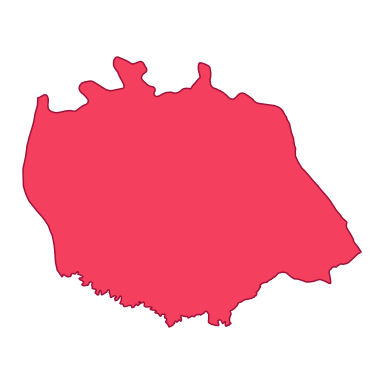 Thapangthong, Savannakhét, Laos (Robinson projection)
{"feature_id": "54806243B5714719739337", "entity_name": "Thapangthong", "entity_type": "district", "adm_level": 2, "iso_a3": "LAO", "parent_name": "Laos", "parent_adm1": "Savannakhét", "projection": "robinson", "projection_center": [105.786, 16.099], "detail": "fine", "context": "isolated", "style": "filled", "palette": "rose", "viewbox_px": 384, "rotation_deg": 0, "n_neighbors": 0, "source": "geoboundaries", "source_scale": "gbopen_adm2", "svg_char_len": 5882}
<svg xmlns="http://www.w3.org/2000/svg" viewBox="0 0 384 384"><path d="M169.4,326.9L171.6,325.9L173.0,324.8L174.3,323.4L174.9,321.6L175.2,321.2L175.7,321.2L176.5,322.0L176.9,322.1L178.6,320.7L179.1,319.9L179.6,320.0L180.6,321.0L181.2,320.9L181.5,319.6L180.8,316.1L181.0,315.7L181.5,315.6L185.1,316.5L187.2,316.5L188.1,317.8L188.7,317.9L191.9,316.1L194.2,316.7L196.6,314.6L197.1,314.4L198.2,314.8L199.5,314.4L200.7,315.0L203.8,313.1L204.8,311.9L206.1,311.3L206.7,311.5L207.1,311.9L208.9,314.5L208.6,317.6L208.8,318.5L208.4,321.6L208.7,322.5L209.3,323.0L212.0,324.5L213.6,324.7L215.2,325.3L218.4,325.5L218.7,325.2L218.8,324.5L218.2,322.8L218.1,320.7L218.6,320.2L220.0,319.8L220.4,319.9L221.1,320.5L222.5,323.4L222.9,323.3L224.6,321.9L225.2,321.8L225.3,325.0L225.6,325.9L226.3,326.2L228.3,325.1L229.4,324.9L229.5,324.3L230.9,323.5L230.9,323.2L229.9,322.4L229.7,321.9L229.5,319.4L229.7,317.4L231.0,314.3L231.0,313.5L230.2,311.6L230.2,311.1L230.6,310.7L232.3,309.9L234.4,308.5L237.1,305.5L238.3,303.1L239.4,302.4L240.8,302.1L244.1,300.0L246.3,299.3L248.4,299.2L249.7,298.5L251.1,298.6L252.6,297.6L254.3,297.0L254.6,296.0L255.8,295.8L256.4,294.8L256.8,293.3L256.3,292.6L256.3,292.3L258.3,290.5L260.4,286.9L260.4,286.7L259.8,286.8L260.0,285.2L260.8,284.8L261.5,283.8L262.7,283.2L264.2,282.6L266.8,282.3L269.1,280.2L271.4,279.3L272.4,278.2L275.3,276.4L278.2,273.2L282.2,272.1L286.0,272.6L291.6,277.2L294.5,278.9L297.5,279.0L300.4,279.8L306.1,281.9L308.2,282.0L311.3,281.7L313.9,281.2L316.6,280.2L320.0,279.4L324.6,281.0L329.0,283.3L330.2,283.4L330.7,282.8L330.6,281.1L329.8,275.7L328.9,272.1L329.2,271.1L329.8,269.9L331.0,269.0L332.0,267.6L333.2,266.9L336.4,267.0L337.6,265.7L338.4,265.3L339.7,264.2L340.3,264.0L343.7,264.2L347.0,263.3L348.7,262.4L358.5,253.3L359.6,253.1L361.0,251.9L357.6,246.6L354.5,242.8L353.6,241.2L353.4,239.8L352.6,237.9L349.9,233.0L348.4,230.9L346.4,227.0L346.3,225.5L346.8,222.3L345.5,220.8L342.3,218.0L339.4,213.9L336.4,210.5L330.3,201.0L326.5,196.1L321.0,189.9L317.7,185.7L314.2,182.0L305.1,171.3L301.9,168.1L298.3,162.4L295.4,156.0L295.3,151.6L295.6,148.4L294.4,145.2L293.4,138.3L291.4,132.6L289.4,123.4L287.3,120.0L286.4,117.2L284.6,114.4L282.7,110.8L280.9,108.8L279.2,107.6L277.5,106.7L274.2,105.6L258.3,103.4L256.1,102.5L254.4,101.4L252.6,99.1L247.7,95.6L244.8,93.8L242.7,93.1L240.7,93.3L238.7,94.3L234.8,98.6L232.6,99.3L230.4,98.8L229.0,97.8L226.0,94.8L222.7,92.2L221.7,92.0L220.2,90.6L218.8,90.3L216.2,88.9L212.9,87.8L211.5,86.1L210.6,84.6L210.0,80.0L210.1,78.8L210.7,76.8L210.6,75.4L210.8,73.7L210.5,71.1L209.7,67.1L208.4,65.9L207.2,65.2L204.7,64.0L201.3,62.9L199.6,62.9L199.2,63.3L198.8,63.9L198.3,66.4L198.4,69.8L199.9,75.7L200.1,76.5L199.9,77.7L198.0,79.5L195.4,82.7L193.2,85.0L190.6,88.8L187.1,88.3L184.3,88.6L182.7,89.2L179.8,91.6L177.4,92.8L175.7,93.1L174.1,93.1L171.1,92.2L166.4,92.5L162.8,93.9L158.8,96.1L156.8,96.6L155.9,96.4L154.3,95.1L154.1,94.2L154.0,93.4L154.5,91.6L155.1,90.8L155.0,88.9L154.4,87.8L153.3,87.0L149.6,86.1L147.6,85.0L142.9,80.6L141.7,78.9L141.4,77.2L142.2,75.3L143.0,74.3L146.0,71.8L146.4,71.3L146.8,69.8L146.3,68.2L144.9,66.1L144.4,64.7L143.2,62.9L141.9,61.8L140.2,61.4L134.2,63.7L131.8,64.0L129.5,62.4L126.1,60.5L118.1,57.1L116.3,57.2L114.9,58.4L114.0,59.9L113.5,62.4L113.6,65.5L114.8,68.1L117.6,72.0L120.2,77.7L123.8,84.3L124.1,87.1L123.7,87.8L123.0,88.3L111.6,90.7L110.3,90.7L106.9,90.0L105.2,89.2L96.9,83.9L93.1,81.7L91.5,81.1L89.6,81.1L84.7,82.0L82.0,83.0L81.4,83.5L80.0,85.2L79.3,86.7L79.2,89.1L79.9,90.8L81.2,92.5L82.2,93.5L83.4,94.2L86.5,97.5L87.8,99.2L88.3,100.9L88.0,102.4L87.1,103.8L82.6,105.9L75.8,111.0L74.4,111.2L70.0,110.6L68.0,110.7L64.7,111.2L59.3,112.4L55.8,112.8L51.9,111.8L49.6,110.4L48.4,108.7L48.1,107.7L47.9,105.0L48.3,100.5L48.1,98.4L47.4,96.4L46.8,95.5L46.1,95.0L44.9,94.8L43.8,95.0L39.1,97.6L37.6,98.0L37.8,99.4L37.4,105.4L36.4,109.3L35.2,113.3L34.0,120.5L33.4,123.1L31.1,131.2L29.1,137.4L28.2,141.7L27.1,145.2L25.9,155.1L25.0,159.9L23.4,166.8L23.0,169.3L23.4,186.0L25.2,192.1L27.2,197.2L29.4,201.5L37.1,211.1L42.6,217.3L45.2,220.8L47.5,224.3L48.6,226.3L50.2,230.8L52.3,235.5L54.1,244.4L54.8,251.5L55.6,262.7L57.2,270.0L61.9,276.7L62.8,276.1L63.1,274.6L64.8,275.1L66.8,276.6L67.8,276.8L70.3,276.5L70.9,276.0L71.3,274.4L72.1,273.5L75.2,273.9L77.0,272.0L78.1,271.8L78.5,272.5L78.0,273.6L78.0,274.2L80.8,275.2L82.8,276.4L82.4,277.6L82.1,277.9L81.5,278.0L80.0,277.9L79.5,278.2L79.2,278.7L79.5,279.3L81.3,280.4L82.4,280.7L83.4,281.7L83.5,282.5L82.1,284.2L82.0,284.9L82.4,285.3L83.2,285.6L84.7,285.7L87.9,285.1L88.5,284.6L89.1,283.0L89.9,282.0L90.8,281.9L91.5,282.3L92.2,283.0L92.4,283.5L91.7,285.2L92.3,286.7L92.3,288.4L92.7,288.7L95.1,289.1L95.8,289.5L96.3,290.5L95.3,292.1L95.2,292.8L97.4,294.8L97.9,295.0L98.7,294.5L99.1,292.3L100.0,290.6L100.6,290.6L101.0,291.0L101.3,294.2L101.9,294.8L104.3,293.5L105.7,292.5L106.5,292.3L107.6,290.1L109.0,289.9L109.4,290.3L109.4,290.8L109.2,292.4L110.2,294.7L110.4,296.6L110.7,297.3L111.5,297.3L112.5,296.5L114.4,295.8L115.4,295.9L116.3,296.6L116.3,297.1L115.3,297.6L114.8,298.4L114.9,299.7L115.3,300.6L116.2,300.5L117.7,299.7L119.0,298.1L119.9,296.2L120.4,296.1L121.1,296.4L121.4,297.3L121.2,300.5L120.0,303.3L120.7,303.9L122.9,304.1L123.7,306.2L124.2,306.6L126.0,306.4L128.3,305.6L130.6,305.3L131.4,305.9L131.9,307.5L132.9,307.5L133.7,307.2L136.1,304.2L137.4,305.4L137.9,305.4L138.3,305.3L140.2,303.6L140.1,303.1L138.8,302.4L139.2,301.7L140.0,301.8L141.6,303.0L143.2,302.3L143.8,302.4L144.3,302.9L144.4,303.3L144.2,305.6L145.4,306.8L145.9,307.0L149.3,306.8L151.7,307.2L151.9,307.5L151.7,308.0L150.4,308.9L150.4,309.5L155.9,310.6L156.1,311.0L155.1,312.3L155.2,312.7L155.5,313.0L157.1,313.1L158.5,313.8L160.2,316.2L161.2,315.8L161.5,314.7L162.0,314.3L164.3,314.2L164.7,314.4L165.0,315.4L164.5,316.9L164.7,317.7L166.3,318.6L166.7,319.1L166.6,320.2L165.7,321.5L165.8,322.2L168.2,324.9L168.9,326.8L169.4,326.9Z" fill="#f43f5e" stroke="#9f1239" stroke-width="1.5"/></svg>